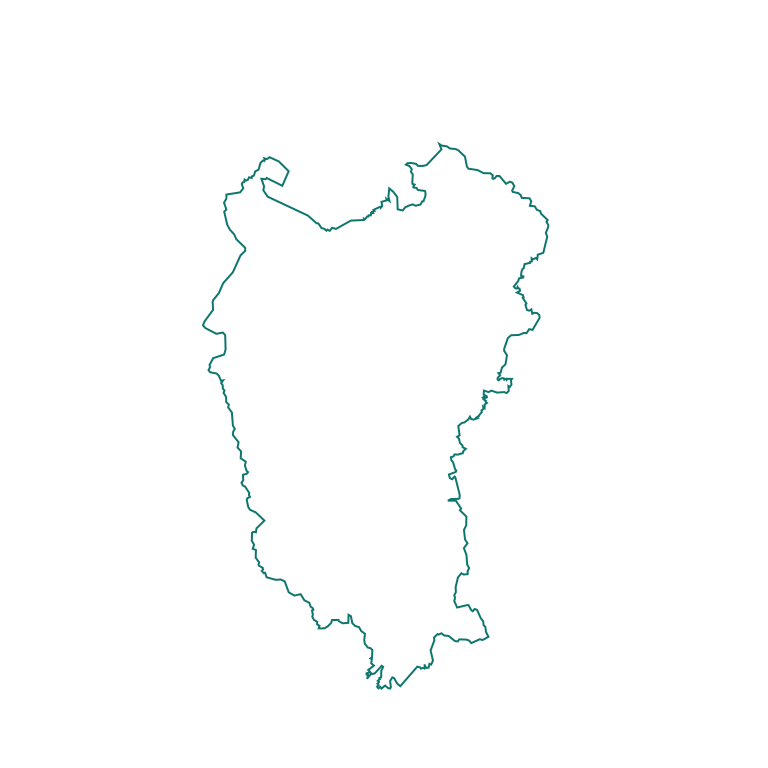 the district of Atzalan, Veracruz, Mexico, rotated 310°
{"feature_id": "50627088B7265793034520", "entity_name": "Atzalan", "entity_type": "district", "adm_level": 2, "iso_a3": "MEX", "parent_name": "Mexico", "parent_adm1": "Veracruz", "projection": "albers", "projection_center": [-97.113, 19.905], "detail": "fine", "context": "isolated", "style": "outline", "palette": "teal", "viewbox_px": 768, "rotation_deg": 310, "n_neighbors": 0, "source": "geoboundaries", "source_scale": "gbopen_adm2", "svg_char_len": 6154}
<svg xmlns="http://www.w3.org/2000/svg" viewBox="0 0 768 768"><g transform="rotate(310 384 384)"><path d="M614.8,404.0L615.4,394.8L616.9,392.5L615.7,389.2L617.0,385.2L614.3,381.2L618.6,379.4L619.8,376.1L615.1,369.9L616.5,367.5L616.6,364.3L613.9,359.1L614.6,357.8L619.3,356.7L620.7,353.0L619.9,350.4L615.8,348.8L617.6,338.8L615.7,336.5L612.9,336.7L611.2,335.7L611.3,334.7L613.8,333.2L613.8,330.0L609.5,324.8L608.0,318.1L603.2,310.3L603.9,307.7L610.2,299.9L610.8,290.5L609.9,287.6L606.8,283.2L606.5,279.5L603.7,274.9L603.4,272.1L600.7,277.2L579.1,275.9L575.9,273.5L572.9,269.7L573.3,267.1L570.7,262.6L568.1,260.0L566.1,259.8L567.3,263.5L566.4,267.2L563.9,268.2L563.0,271.4L556.2,276.4L555.6,277.2L556.4,279.3L554.2,279.4L553.5,280.3L555.1,282.8L554.4,285.3L558.2,291.2L557.6,292.4L555.0,294.7L549.3,296.8L548.5,295.9L544.9,296.6L540.8,293.5L540.1,290.6L536.9,288.5L533.0,286.7L529.0,286.8L526.6,282.2L535.7,274.0L537.2,267.5L537.2,262.3L530.4,266.9L527.7,270.6L527.5,266.7L526.4,268.0L521.9,265.0L519.1,268.3L517.0,268.2L517.6,267.5L516.4,266.7L510.7,264.1L510.4,265.6L508.3,264.3L507.9,265.7L506.7,264.2L504.7,265.5L503.3,263.8L502.2,264.4L501.3,263.4L498.3,263.6L497.8,262.2L496.6,263.1L487.9,253.6L471.9,247.5L470.3,243.8L466.4,244.0L465.9,241.4L464.4,241.3L464.5,238.5L463.3,235.9L464.8,230.5L463.8,229.0L464.1,217.4L452.7,174.5L454.9,166.9L458.2,165.2L462.4,158.2L464.8,161.7L466.4,161.7L470.5,178.7L485.7,174.2L486.9,160.5L484.2,150.6L481.1,149.8L480.0,147.4L479.5,148.6L477.9,148.9L477.7,147.7L474.1,147.2L467.7,150.1L463.9,148.7L460.1,150.4L458.0,149.3L456.8,150.2L455.6,147.8L452.7,148.5L451.1,147.5L451.0,145.8L448.9,147.0L447.5,146.1L445.8,146.5L443.4,150.4L438.3,150.6L427.8,141.5L424.7,144.1L420.1,144.9L416.4,151.0L413.2,150.9L405.2,161.6L403.1,167.0L402.4,172.8L400.0,177.8L399.1,190.1L396.8,192.1L390.4,191.4L372.4,196.4L357.8,196.0L347.5,199.1L338.7,199.2L336.5,200.1L331.1,205.4L316.5,206.3L312.6,207.6L312.0,211.0L314.7,223.3L319.8,227.5L319.4,230.9L308.7,240.4L303.8,242.6L294.0,236.5L286.5,238.1L284.9,240.0L281.8,240.7L281.3,243.4L284.5,249.1L284.1,252.3L281.7,257.2L283.3,258.4L280.0,258.7L279.4,261.2L276.8,263.6L276.5,266.0L274.1,266.8L272.6,271.3L268.7,274.8L268.5,278.3L265.9,279.7L264.4,285.8L255.0,295.0L253.7,298.6L250.5,299.1L247.8,301.0L245.9,310.1L241.2,312.6L240.5,317.9L235.0,321.9L235.6,328.1L232.2,329.8L229.2,334.4L229.1,336.5L226.9,336.5L223.8,334.3L219.7,338.1L216.8,338.3L215.5,341.0L216.1,343.6L213.9,350.9L212.1,351.9L211.4,353.9L208.3,352.7L207.0,353.4L202.6,358.9L201.5,362.2L203.2,368.2L202.5,380.2L191.4,379.1L188.1,381.2L187.0,379.2L185.3,378.5L178.9,383.5L177.5,387.7L173.4,389.4L174.5,392.6L168.5,397.3L167.1,403.0L164.9,404.0L164.5,405.2L165.2,409.3L164.2,410.5L162.2,410.5L161.8,413.5L163.0,414.2L160.5,418.3L164.3,426.8L167.9,430.6L169.0,434.8L163.2,444.9L164.3,451.3L169.4,455.2L167.1,462.1L168.4,467.4L166.3,470.9L166.5,473.7L165.6,475.0L164.2,474.4L161.7,477.7L159.6,478.7L158.3,482.0L158.9,485.7L156.9,487.2L157.3,489.9L154.8,491.1L158.6,495.5L162.2,496.7L167.1,497.1L169.8,495.9L174.0,500.8L173.3,501.8L174.1,506.1L178.1,510.2L184.4,505.2L184.9,507.8L180.4,513.5L180.1,517.5L181.7,521.2L180.1,525.3L180.4,530.0L175.2,533.4L172.7,536.3L171.7,541.0L172.9,543.3L172.8,546.0L167.0,550.5L165.2,550.1L165.6,551.4L161.8,553.8L161.8,557.3L154.8,555.7L154.4,558.9L151.2,556.6L150.2,557.4L150.9,559.1L147.3,560.4L153.2,560.5L156.2,562.9L166.7,563.4L166.8,565.2L162.6,566.2L157.6,570.3L155.7,569.5L155.4,570.6L152.7,570.0L152.5,571.8L150.2,571.6L149.9,573.5L147.7,573.2L147.3,575.4L149.6,575.9L149.0,577.8L153.7,578.7L153.7,582.8L154.7,584.5L156.2,584.1L160.4,579.6L164.6,579.0L165.2,580.8L163.0,586.6L163.0,590.7L188.9,591.2L190.2,594.0L189.7,595.2L191.9,596.6L192.2,598.1L193.0,598.3L195.1,595.1L193.6,598.7L195.4,600.5L198.9,598.7L199.4,600.5L203.6,599.3L209.8,591.0L220.1,587.3L221.8,585.3L226.8,585.7L227.1,586.9L229.9,588.2L230.1,591.9L232.5,595.4L232.7,603.6L234.2,606.0L236.8,605.8L241.2,611.5L242.2,614.2L241.6,617.4L250.0,621.4L251.3,624.1L257.5,626.5L259.6,621.5L263.1,617.7L263.2,615.4L266.0,612.4L266.8,608.7L270.7,600.7L270.0,598.1L266.9,598.0L266.8,596.2L268.9,591.0L268.3,590.0L259.8,583.7L262.9,577.3L265.8,575.9L267.4,573.6L270.7,572.9L274.4,569.5L283.3,565.0L288.7,564.9L289.3,567.6L292.1,570.3L294.5,568.3L297.7,567.6L299.1,563.9L306.1,557.0L309.6,550.7L315.6,550.3L317.0,546.0L323.7,539.0L328.5,537.9L335.4,532.3L336.1,523.3L338.2,523.1L340.8,514.0L335.7,507.9L339.1,509.4L344.1,515.1L345.2,515.2L347.8,513.2L358.3,498.7L358.5,497.7L354.8,497.4L354.3,494.8L356.4,491.9L362.7,495.5L364.2,495.1L364.3,493.4L368.5,487.1L368.9,484.6L371.0,482.3L373.3,483.8L375.4,483.3L377.3,485.9L381.7,488.8L383.2,487.9L386.9,488.3L386.1,484.8L387.3,483.8L387.7,480.0L390.3,476.6L390.5,473.9L393.3,474.9L399.6,467.9L404.3,468.7L406.0,470.2L411.0,471.4L414.2,470.8L413.2,473.4L414.4,475.6L418.1,477.7L417.9,476.4L420.3,477.1L420.0,478.0L420.6,477.0L425.5,476.9L426.5,475.6L428.8,476.3L430.4,474.5L430.4,476.4L433.0,474.3L435.7,475.0L435.7,473.2L436.6,472.8L436.0,469.2L436.7,470.9L437.5,470.1L437.1,468.5L439.2,468.9L438.0,470.3L439.9,471.4L440.7,470.4L439.9,467.2L443.2,464.8L445.0,469.3L447.9,470.5L450.2,476.3L455.0,481.2L455.9,483.8L458.9,484.0L462.4,480.6L462.6,482.3L465.5,482.0L468.4,478.9L470.1,478.7L467.1,475.0L466.3,475.2L466.7,474.4L464.6,473.4L465.4,472.5L464.8,471.1L462.3,469.6L460.6,469.6L460.4,468.2L461.8,467.1L465.2,467.5L465.9,464.7L467.6,466.1L472.4,463.8L477.2,464.4L485.1,459.7L486.7,454.6L488.3,453.4L498.7,449.4L503.0,450.0L508.3,455.8L513.2,458.4L514.5,460.5L519.4,460.0L520.9,463.0L534.6,460.7L536.5,458.9L536.8,455.9L535.1,453.2L533.1,452.4L535.9,448.9L533.5,448.1L532.6,445.9L535.5,441.5L537.2,441.4L539.2,434.9L540.1,435.3L541.4,433.3L539.5,427.1L542.8,428.3L544.2,426.5L543.4,425.1L544.1,424.0L542.7,424.4L541.7,423.2L542.1,420.8L549.2,420.6L551.7,419.5L555.1,422.2L556.0,421.6L555.0,419.4L558.1,417.3L560.7,416.2L562.5,416.6L566.2,414.6L570.8,418.1L571.5,417.4L573.0,418.4L575.2,416.3L575.3,418.0L578.1,419.3L578.0,421.2L581.9,418.7L586.9,421.7L601.9,414.3L603.7,410.9L610.0,408.8L611.5,407.5L612.7,404.2L614.8,404.0Z" fill="none" stroke="#0f766e" stroke-width="2"/></g></svg>